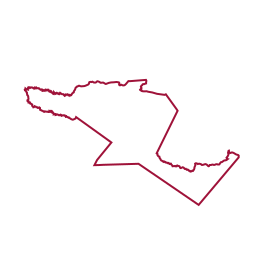 the district of Vila Bela da Santíssima Trindade, Mato Grosso, Brazil, rotated 309°
{"feature_id": "56859067B83705117526792", "entity_name": "Vila Bela da Santíssima Trindade", "entity_type": "district", "adm_level": 2, "iso_a3": "BRA", "parent_name": "Brazil", "parent_adm1": "Mato Grosso", "projection": "mercator", "projection_center": [-59.993, -15.135], "detail": "fine", "context": "isolated", "style": "outline", "palette": "rose", "viewbox_px": 256, "rotation_deg": 309, "n_neighbors": 0, "source": "geoboundaries", "source_scale": "gbopen_adm2", "svg_char_len": 5678}
<svg xmlns="http://www.w3.org/2000/svg" viewBox="0 0 256 256"><g transform="rotate(309 128 128)"><path d="M94.2,23.5L93.9,23.7L93.1,23.6L93.0,24.0L92.7,23.9L92.4,24.2L92.5,25.2L92.3,25.8L92.0,26.4L92.0,27.1L91.2,27.7L90.7,28.6L90.4,28.7L90.1,29.2L90.1,29.9L89.8,30.5L88.9,31.4L88.7,31.5L88.3,32.1L87.1,32.8L86.8,32.9L86.4,32.4L85.8,32.7L85.6,33.1L85.6,33.5L86.1,34.1L86.0,34.4L85.2,34.8L85.8,35.8L86.1,35.9L86.0,36.2L85.5,36.3L85.4,36.7L86.0,38.1L85.9,38.9L85.1,39.3L84.8,39.9L84.9,40.6L84.5,41.4L85.0,41.8L86.2,41.7L86.3,42.4L86.6,43.0L86.4,43.7L87.1,44.6L86.8,45.2L87.0,45.6L88.2,46.1L88.2,47.0L87.2,47.8L86.8,48.4L87.2,49.1L87.1,49.8L87.6,50.8L87.6,51.9L88.1,52.2L87.9,52.8L89.0,53.5L89.2,54.1L90.3,55.5L90.2,55.9L90.6,56.4L90.9,56.4L91.0,56.0L91.4,56.1L91.2,56.5L91.4,56.9L91.6,57.0L91.9,56.6L92.0,56.9L91.6,57.4L91.9,57.8L92.1,57.5L92.3,57.6L92.9,57.4L93.1,57.7L92.9,57.9L93.0,58.3L92.8,58.6L93.1,58.8L92.9,59.6L92.6,59.4L92.6,59.0L92.2,59.3L92.3,59.7L92.6,59.8L92.3,60.7L92.4,60.9L92.6,61.1L92.5,61.6L92.0,61.8L92.4,62.1L92.6,62.7L92.9,62.5L93.1,62.7L92.8,63.1L93.0,63.3L92.6,63.6L93.0,63.9L93.3,63.8L93.7,63.9L94.1,64.5L94.3,65.6L94.5,65.8L94.5,66.5L95.0,66.8L95.9,67.1L96.1,67.7L96.0,68.5L95.6,68.4L95.6,68.7L97.1,69.5L97.3,70.2L98.0,70.8L97.7,71.6L97.7,72.0L98.2,72.4L97.7,72.8L98.2,73.2L98.4,73.7L98.3,74.0L98.6,75.0L98.9,75.1L99.0,75.4L98.7,75.7L98.7,76.0L99.1,77.1L99.1,78.2L99.6,79.7L100.0,80.1L102.2,81.2L103.2,81.0L103.8,80.8L106.3,124.2L83.7,124.1L78.0,125.3L80.9,128.7L83.7,131.8L106.8,158.7L112.7,231.3L174.8,232.5L176.2,231.4L176.3,230.6L175.5,228.7L175.1,225.8L174.7,224.6L174.3,224.0L173.1,223.4L172.8,222.9L173.1,221.4L173.9,220.7L173.6,220.5L173.4,220.6L171.9,221.2L171.3,221.8L171.0,222.5L170.6,222.8L169.2,223.1L168.8,223.3L168.1,223.2L167.3,223.4L166.9,223.3L166.6,223.9L166.7,224.2L166.4,224.4L166.6,225.0L165.7,224.7L165.3,224.8L165.0,224.7L164.5,224.2L164.2,224.1L163.5,223.4L162.8,223.0L160.8,222.5L160.4,222.3L160.0,221.8L158.9,221.7L157.2,221.9L156.2,220.9L155.9,220.0L155.2,219.2L154.5,218.9L153.4,218.1L153.0,217.1L152.6,216.5L151.5,215.8L150.7,214.8L149.9,214.8L149.3,214.9L149.0,214.7L148.9,214.2L149.1,212.3L148.8,211.1L148.5,210.7L147.5,210.1L147.0,209.7L146.4,209.4L146.1,208.9L145.9,208.8L145.7,208.5L145.8,207.3L145.0,205.7L143.9,204.9L143.9,204.2L143.4,203.0L143.1,202.8L142.5,202.6L141.7,203.6L141.4,203.8L139.2,204.4L138.8,204.8L137.4,205.4L135.6,205.5L135.4,204.9L134.8,204.9L134.5,204.7L134.1,204.0L133.9,203.8L133.5,204.0L133.3,203.6L133.5,202.9L133.1,202.2L133.2,201.8L133.4,201.6L133.3,200.5L132.9,200.1L132.6,200.1L132.5,199.9L132.7,198.6L132.2,198.3L131.9,197.8L132.2,196.4L132.1,195.8L131.9,195.2L130.1,194.3L129.9,194.0L130.0,193.2L130.3,192.9L130.6,192.3L130.6,191.9L129.9,190.3L129.9,189.9L129.6,189.7L128.8,189.9L128.5,189.6L128.3,189.4L128.4,188.9L127.9,188.5L127.8,188.1L127.3,187.8L126.7,187.0L126.7,186.6L126.4,186.5L126.8,185.7L126.9,184.5L127.3,183.8L126.9,183.3L126.3,183.2L126.1,182.9L126.4,181.5L125.7,181.0L125.8,180.7L125.6,180.1L125.0,179.5L125.2,178.6L124.9,177.7L124.2,177.5L124.1,177.2L124.5,176.6L123.9,176.0L124.0,175.4L123.7,174.2L123.9,173.4L124.3,172.8L124.4,171.8L124.7,171.6L125.0,170.9L125.5,170.4L125.2,169.6L125.2,168.9L125.6,167.8L125.9,167.5L126.3,167.4L126.5,167.0L126.4,166.2L172.6,155.7L173.2,153.9L178.0,136.2L176.8,135.6L172.8,129.0L170.9,124.5L168.8,120.7L168.3,119.4L166.4,117.2L165.6,115.9L165.3,115.0L165.4,114.3L165.2,113.6L165.3,113.3L165.6,113.3L166.2,113.9L166.3,113.6L166.7,113.3L167.5,113.4L167.7,113.2L167.9,112.4L168.2,112.0L169.4,111.8L170.1,112.1L171.2,111.9L172.0,112.5L172.2,112.9L173.3,113.5L174.0,114.0L174.3,113.7L176.2,112.6L176.7,111.7L165.7,100.1L164.7,98.8L160.6,98.7L159.4,98.5L158.5,98.0L157.8,97.0L157.4,95.5L157.2,95.3L156.4,95.1L156.0,94.7L155.9,94.4L156.2,93.7L157.3,93.1L157.7,92.6L157.7,92.2L157.1,91.1L156.5,90.1L154.6,88.2L152.7,86.1L151.0,84.7L148.3,83.1L148.1,82.7L147.8,80.7L147.6,80.0L146.0,78.4L145.8,77.9L145.9,77.0L145.2,75.0L144.7,74.6L143.3,74.4L142.7,74.0L141.9,72.9L141.6,71.2L140.8,70.8L140.4,70.0L139.5,69.2L139.1,69.1L138.0,69.7L137.3,69.8L136.7,69.7L134.0,68.3L133.0,67.6L131.0,65.5L130.6,64.8L130.1,63.4L129.9,63.2L128.9,62.8L128.3,62.3L127.8,62.2L127.4,62.3L126.7,62.0L126.1,62.0L125.0,62.5L123.8,62.8L123.4,62.7L122.9,62.8L121.7,63.1L121.5,63.4L119.9,62.9L117.9,63.2L117.8,62.9L117.2,62.5L116.5,62.5L116.6,61.9L116.9,61.6L116.7,61.4L116.1,61.4L115.8,61.2L115.9,60.4L116.2,59.8L116.0,59.6L115.3,59.4L114.9,58.4L114.6,58.3L113.9,58.9L113.2,58.6L113.4,58.1L113.2,57.7L113.6,56.8L113.5,56.3L112.8,55.6L112.7,55.1L112.6,53.0L112.3,53.0L111.7,53.6L111.2,53.5L111.1,52.9L110.7,52.7L110.7,52.4L111.0,51.8L110.9,51.6L110.5,51.5L110.3,51.4L110.2,51.0L110.4,50.8L110.5,50.4L110.0,50.1L109.1,50.3L108.6,50.0L108.9,49.6L108.7,49.3L108.8,48.9L109.1,48.8L109.2,48.1L108.6,48.6L108.1,48.3L107.5,48.5L107.4,48.2L107.5,47.9L108.0,47.5L107.5,46.5L108.0,46.1L108.0,45.4L108.2,45.0L108.2,44.7L107.7,44.7L107.8,45.0L107.4,45.1L107.1,44.9L107.0,44.5L107.5,44.5L107.1,43.9L107.0,43.4L107.3,43.2L107.6,42.4L107.3,42.3L106.9,42.5L106.8,41.8L107.1,41.4L106.8,41.2L106.4,41.3L106.0,41.2L105.9,40.7L106.2,40.2L106.1,39.8L105.8,39.6L105.1,39.6L104.5,39.9L104.4,39.6L104.7,39.2L104.5,38.9L103.9,38.9L103.6,38.6L103.2,38.5L103.0,38.2L104.0,37.5L103.8,36.7L103.3,36.6L102.7,36.1L102.6,35.8L102.9,34.2L102.4,33.8L102.3,33.3L102.4,33.0L101.2,31.9L101.3,31.7L101.6,31.6L101.8,31.1L101.6,30.9L100.2,30.5L100.6,30.2L100.6,29.9L100.2,29.9L99.9,30.3L99.3,29.4L99.3,28.3L98.9,27.6L98.7,27.3L97.9,27.0L97.9,26.7L98.0,26.4L97.9,26.1L97.2,26.1L97.0,25.2L96.1,25.8L95.9,25.6L95.8,25.2L95.1,25.5L94.8,25.9L94.2,24.5L94.2,23.5Z" fill="none" stroke="#9f1239" stroke-width="2"/></g></svg>